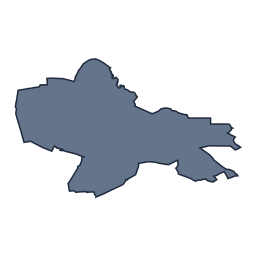 the district of Brīvzemnieku pag., Alojas, Latvia
{"feature_id": "27541924B63069620149492", "entity_name": "Brīvzemnieku pag.", "entity_type": "district", "adm_level": 2, "iso_a3": "LVA", "parent_name": "Latvia", "parent_adm1": "Alojas", "projection": "equal_earth", "projection_center": [24.973, 57.673], "detail": "fine", "context": "isolated", "style": "filled", "palette": "slate", "viewbox_px": 256, "rotation_deg": 0, "n_neighbors": 0, "source": "geoboundaries", "source_scale": "gbopen_adm2", "svg_char_len": 5190}
<svg xmlns="http://www.w3.org/2000/svg" viewBox="0 0 256 256"><path d="M24.1,142.4L30.0,141.4L30.5,141.4L30.9,141.5L31.2,141.6L42.7,147.6L51.8,151.2L54.3,146.0L56.3,147.2L56.2,147.6L56.3,147.8L57.5,148.3L57.9,148.0L59.8,149.0L60.8,149.0L60.5,149.5L60.1,150.3L62.1,150.7L63.0,150.5L62.7,150.0L62.1,149.3L62.3,149.2L63.2,149.9L63.9,150.8L64.8,151.0L65.8,151.5L67.5,151.8L73.3,153.3L74.5,153.5L75.8,153.9L79.7,155.5L83.4,156.9L82.1,157.1L81.4,161.9L80.6,163.1L80.5,163.8L80.1,165.0L78.7,165.8L77.6,166.7L77.8,168.0L77.7,168.4L75.6,171.6L72.4,176.9L69.3,181.9L69.0,182.3L68.3,183.4L68.1,183.4L69.4,191.0L69.5,191.2L69.9,191.1L70.6,191.0L73.5,190.8L74.2,190.8L75.7,192.3L79.5,191.9L86.6,191.6L86.6,192.3L90.6,192.0L91.5,192.0L93.7,191.9L94.1,192.8L94.5,194.1L95.1,195.0L95.9,196.1L96.0,196.2L96.1,196.5L96.0,197.1L100.9,194.9L103.2,194.0L106.2,192.6L108.7,191.3L123.0,184.5L125.3,181.4L126.1,179.9L126.5,179.9L125.9,179.4L126.0,179.3L126.9,179.7L127.4,179.4L134.2,175.4L135.6,174.6L138.6,166.0L138.5,164.3L138.5,163.4L148.3,161.7L154.1,162.1L156.4,162.5L159.7,163.4L168.5,164.7L177.6,160.2L178.2,165.2L176.3,167.9L175.8,168.2L178.1,171.9L178.4,174.0L190.0,178.3L195.5,181.2L198.7,179.9L199.9,180.3L202.8,179.5L205.4,178.7L205.6,178.8L205.4,179.3L206.0,179.7L206.9,179.9L207.0,179.9L206.9,179.9L207.1,180.0L207.2,180.3L207.4,180.5L207.5,180.7L207.9,180.8L208.7,180.9L209.0,181.0L209.3,181.3L210.3,181.3L210.5,181.4L210.6,181.5L210.8,181.6L211.3,181.8L211.5,181.8L212.0,181.8L212.7,181.9L213.0,182.0L214.2,181.5L214.5,181.3L214.5,180.9L216.8,179.7L215.4,177.9L214.0,176.2L216.8,175.4L220.5,173.1L222.4,172.4L224.4,171.8L225.7,174.3L226.5,175.5L226.9,176.4L227.3,177.0L227.5,177.5L227.8,178.5L228.1,178.5L231.5,177.4L233.4,176.7L234.3,176.1L237.8,175.8L237.1,174.5L234.4,172.7L234.1,171.8L233.7,171.4L233.3,171.2L231.1,170.2L229.2,169.4L227.1,169.6L226.9,169.5L226.3,169.0L226.1,168.9L225.4,168.9L224.6,168.6L224.5,168.4L224.3,168.0L224.2,167.8L223.2,167.3L222.2,166.6L218.3,163.4L217.3,162.9L216.6,162.3L216.4,161.9L216.0,161.6L215.1,161.1L214.5,160.6L214.2,160.3L213.2,158.8L212.6,158.0L209.5,154.7L207.6,153.4L200.0,147.9L202.3,147.4L207.8,146.1L209.9,145.8L218.4,145.9L228.5,146.0L230.4,146.1L230.7,146.2L231.4,146.8L235.3,150.0L238.3,148.6L240.6,147.3L238.7,145.9L237.6,145.3L236.6,144.6L235.6,144.0L235.4,143.9L235.0,143.4L233.5,141.2L233.5,139.9L233.9,138.7L235.3,137.0L230.6,134.7L229.9,134.2L227.5,133.2L228.3,132.8L229.5,131.7L231.2,130.0L231.8,128.7L231.6,128.5L232.6,128.1L231.3,127.4L230.1,125.2L229.0,124.1L216.7,124.0L210.6,124.1L210.6,118.1L188.5,118.1L186.8,114.6L185.3,114.7L182.0,113.9L178.3,112.8L178.0,112.7L176.6,111.5L174.7,110.8L174.4,110.7L173.0,110.8L172.6,110.7L172.3,110.6L172.0,110.5L171.3,109.9L171.2,109.8L171.0,109.3L171.0,109.2L170.9,109.2L170.5,108.8L169.4,108.6L168.7,108.4L167.2,108.1L166.7,108.1L166.4,108.2L164.8,108.0L163.4,108.3L160.9,108.9L160.8,109.0L158.4,111.2L158.2,111.3L153.3,113.3L152.5,113.7L151.6,113.6L151.5,113.4L149.8,112.8L149.2,112.5L148.1,112.0L135.5,106.4L135.2,106.2L135.0,105.9L135.2,105.2L135.3,104.8L135.3,104.6L135.0,103.9L134.8,103.6L133.8,101.8L133.6,101.5L133.6,101.4L134.1,100.9L135.2,99.5L135.5,99.2L135.9,98.7L137.1,97.3L137.3,96.9L137.3,96.7L137.2,96.6L136.8,96.2L136.3,95.7L134.8,93.0L134.0,92.3L133.7,92.2L131.9,92.1L130.2,91.8L129.7,91.6L129.4,91.1L127.7,90.2L127.2,89.8L126.4,89.4L125.0,89.3L124.6,89.2L124.5,88.9L124.5,88.4L124.4,87.6L124.4,87.3L124.2,86.8L124.0,86.3L123.9,85.8L123.7,85.7L123.1,85.5L122.7,85.7L122.4,85.9L122.1,86.2L122.0,86.3L121.8,86.3L121.7,86.3L121.5,86.2L121.4,86.1L121.3,85.5L121.1,85.3L120.9,85.3L120.5,85.2L120.2,85.3L119.9,85.7L120.4,87.4L120.4,87.5L120.2,87.7L120.0,87.8L118.8,87.9L118.6,87.9L118.2,87.5L118.1,87.3L118.0,86.9L117.9,86.7L117.7,86.1L117.6,85.8L116.8,85.2L116.5,85.0L116.4,84.8L116.5,84.6L117.0,84.0L117.5,83.6L117.6,83.4L117.6,83.0L117.1,82.5L117.0,82.3L117.0,82.1L117.7,81.6L117.8,81.6L117.8,81.3L118.0,80.6L118.1,80.2L117.9,79.3L117.4,78.8L116.4,78.2L116.5,77.7L116.2,77.5L115.9,77.4L115.6,77.4L115.2,77.6L114.3,78.2L113.9,78.5L113.6,78.5L112.5,78.3L112.3,78.3L112.2,78.2L112.2,77.8L112.1,77.4L112.0,77.0L112.0,76.9L113.3,76.7L113.4,75.9L113.3,75.5L113.1,75.4L112.7,75.2L112.2,75.2L112.1,74.7L112.5,74.3L112.5,74.1L112.3,74.0L111.4,73.9L111.2,73.7L111.4,72.9L111.1,72.5L110.9,72.2L110.9,71.9L111.1,71.6L111.1,71.4L110.4,70.9L110.0,70.3L109.7,70.0L109.5,69.7L109.4,69.5L109.5,69.3L109.9,69.0L109.8,68.8L110.0,68.3L110.2,68.1L110.5,67.9L109.9,67.5L105.0,63.9L104.2,63.3L99.2,60.4L96.8,59.4L95.5,58.9L95.3,59.0L95.1,59.0L92.4,59.2L89.7,59.8L88.9,60.2L86.4,61.7L83.0,64.2L82.2,65.5L80.0,68.8L78.6,70.3L77.6,72.7L76.8,74.4L75.8,76.0L75.4,77.1L75.1,77.9L75.3,78.5L74.1,81.6L70.0,80.4L62.8,78.6L57.0,78.4L52.9,78.2L48.1,78.3L46.9,78.4L47.2,82.2L47.3,84.9L45.5,84.8L41.5,84.9L40.3,84.9L39.1,86.9L32.9,87.8L31.1,88.2L27.3,88.7L27.3,88.8L26.7,88.9L19.2,90.1L18.0,90.3L17.7,91.9L17.8,92.2L17.3,95.5L16.1,102.8L15.9,103.0L16.0,103.1L15.7,104.8L15.4,106.8L15.4,107.1L15.5,107.2L16.2,108.0L16.3,108.2L16.4,108.5L15.8,113.7L18.4,123.0L18.5,123.0L19.7,127.1L20.2,129.0L20.4,129.3L20.8,130.6L22.4,136.6L22.7,137.6L23.8,141.6L24.1,142.4Z" fill="#64748b" stroke="#1e293b" stroke-width="1.5"/></svg>